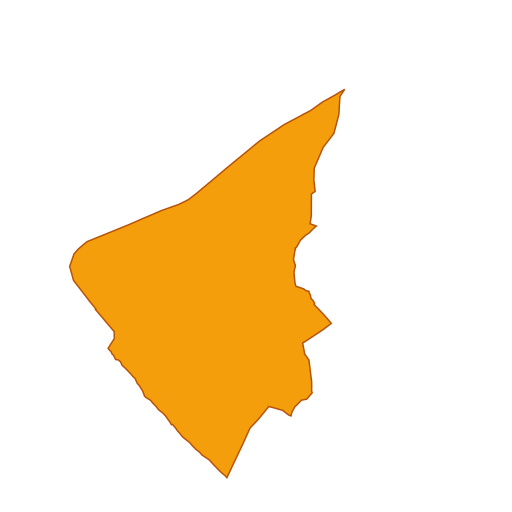 the district of Maybrat, Papua Barat, Indonesia, rotated 223°
{"feature_id": "22746128B44891092584435", "entity_name": "Maybrat", "entity_type": "district", "adm_level": 2, "iso_a3": "IDN", "parent_name": "Indonesia", "parent_adm1": "Papua Barat", "projection": "equal_earth", "projection_center": [132.34, -1.424], "detail": "fine", "context": "isolated", "style": "filled", "palette": "amber", "viewbox_px": 512, "rotation_deg": 223, "n_neighbors": 0, "source": "geoboundaries", "source_scale": "gbopen_adm2", "svg_char_len": 3305}
<svg xmlns="http://www.w3.org/2000/svg" viewBox="0 0 512 512"><g transform="rotate(223 256 256)"><path d="M385.2,121.3L384.7,121.0L372.8,113.7L372.3,113.6L372.2,113.6L371.5,113.5L357.6,111.2L349.0,109.8L347.7,109.5L340.3,108.5L336.8,108.0L336.9,107.4L335.2,107.2L325.6,106.1L322.0,105.6L308.2,104.0L308.1,103.9L304.7,100.4L303.3,98.9L302.8,96.2L302.0,91.7L301.2,87.6L299.1,87.2L297.0,87.3L294.6,86.2L292.9,86.2L292.7,86.2L290.8,85.6L288.1,84.5L285.9,86.1L285.3,86.1L284.6,86.1L282.9,86.2L281.9,85.8L279.4,84.7L275.3,84.8L271.0,84.6L265.7,84.2L265.0,84.1L264.9,84.1L263.7,83.9L261.1,84.0L255.7,81.8L253.8,81.7L253.0,81.6L247.0,80.0L245.1,79.1L241.9,77.5L239.9,77.5L234.8,78.5L234.5,78.6L232.5,78.2L231.5,78.0L227.2,77.9L226.0,77.7L223.1,77.2L222.5,77.1L216.4,77.6L213.0,77.3L208.2,76.3L205.5,75.8L202.8,74.9L202.0,75.9L197.5,75.3L197.4,75.3L193.8,74.5L190.7,74.3L188.2,73.9L185.8,73.6L179.4,74.1L177.2,74.3L173.3,73.8L171.5,73.7L169.7,73.7L168.7,73.6L162.6,74.0L159.8,73.6L158.0,73.9L154.6,74.5L153.1,74.7L151.3,75.0L144.2,74.4L143.9,74.4L136.0,74.0L132.1,74.0L128.9,74.3L126.1,74.0L131.4,90.5L137.1,108.6L139.5,115.7L141.1,120.4L143.0,126.0L142.9,137.0L143.2,142.4L143.3,143.9L143.6,148.9L144.0,154.6L143.9,154.6L140.8,156.4L137.3,158.2L134.3,159.7L131.0,161.4L130.1,161.4L123.4,162.0L122.7,162.3L122.0,162.6L121.4,162.9L123.2,166.2L123.3,166.6L124.7,172.0L124.4,181.6L121.4,185.7L121.3,185.8L121.6,194.3L123.0,195.0L124.7,196.8L126.7,199.0L129.8,202.2L131.4,203.6L133.6,205.3L134.8,206.4L136.0,207.4L138.2,209.2L141.6,212.1L145.3,215.1L145.7,215.4L146.1,215.8L146.2,216.0L152.5,217.3L153.5,217.5L155.8,219.2L158.1,220.9L162.3,224.0L162.5,224.2L161.5,228.1L157.5,244.6L156.6,248.5L155.0,258.1L162.8,259.0L166.1,259.3L173.8,259.8L175.4,259.9L176.5,259.9L180.5,260.2L181.0,261.5L184.5,262.4L186.5,262.3L186.9,262.6L189.9,264.6L190.3,264.8L192.8,265.7L193.2,266.3L195.9,264.7L198.5,264.5L198.9,264.4L202.2,262.9L205.5,261.4L206.2,261.1L209.2,262.9L216.9,269.8L217.4,270.3L218.5,272.3L219.1,273.2L219.5,274.0L220.6,275.8L221.2,276.2L224.4,277.9L224.5,278.0L226.1,278.9L231.5,286.9L231.8,288.1L232.7,288.5L232.6,289.3L232.5,289.5L232.5,290.9L233.5,294.6L234.3,297.9L234.2,298.9L233.9,304.1L233.8,305.3L232.8,309.5L232.8,312.6L232.5,318.3L232.3,319.0L238.5,316.5L240.9,320.1L242.5,322.4L243.0,323.2L250.7,331.5L257.7,339.1L256.8,343.6L265.6,351.1L267.3,353.1L273.2,359.8L273.3,359.9L280.7,380.5L281.0,381.4L282.0,392.0L282.7,398.9L289.6,411.7L290.4,413.2L292.2,416.4L292.4,416.6L297.8,423.1L303.4,429.9L304.0,433.4L304.7,437.6L304.8,438.4L305.1,437.5L308.5,425.9L309.2,423.8L311.9,415.5L312.4,413.9L315.3,399.5L318.2,391.4L318.5,390.3L321.1,382.7L321.8,380.7L322.2,379.7L324.8,372.0L324.9,371.7L325.9,367.9L326.1,366.7L331.8,342.8L332.5,337.7L333.2,332.5L333.4,330.8L335.7,313.7L337.2,302.1L337.7,298.6L337.7,298.2L341.0,271.1L341.2,269.9L341.4,268.1L341.9,263.8L342.1,262.1L343.9,251.1L345.4,247.0L347.6,241.3L349.3,237.8L349.5,237.5L349.6,237.4L351.4,233.9L355.2,226.6L355.7,225.5L356.4,224.2L357.8,221.0L361.1,213.4L361.3,213.0L362.1,211.1L362.5,210.3L364.2,206.5L368.1,197.4L369.0,195.4L371.2,190.3L371.3,190.2L376.5,179.0L385.1,160.5L386.9,156.5L389.4,151.2L390.3,143.8L390.7,139.8L390.7,139.5L390.5,133.3L390.4,133.2L386.9,125.2L385.2,121.3Z" fill="#f59e0b" stroke="#b45309" stroke-width="1.5"/></g></svg>